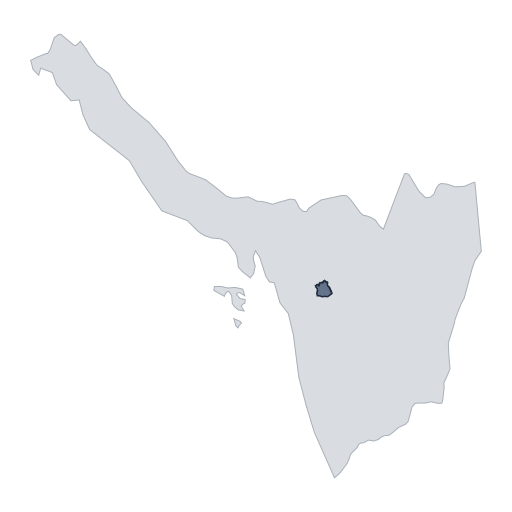 location of Adi Tekeliezan, Anseba, Eritrea, rotated 180°
{"feature_id": "51966322B26692993849308", "entity_name": "Adi Tekeliezan", "entity_type": "district", "adm_level": 2, "iso_a3": "ERI", "parent_name": "Eritrea", "parent_adm1": "Anseba", "projection": "natural_earth1", "projection_center": [38.763, 15.608], "detail": "fine", "context": "in_parent", "style": "filled", "palette": "slate", "viewbox_px": 512, "rotation_deg": 180, "n_neighbors": 0, "source": "geoboundaries", "source_scale": "gbopen_adm2", "svg_char_len": 5417}
<svg xmlns="http://www.w3.org/2000/svg" viewBox="0 0 512 512"><g transform="rotate(180 256 256)"><path d="M37.1,329.7L35.0,307.1L33.6,291.9L32.1,275.9L30.7,260.7L37.1,251.4L40.1,242.6L47.8,213.9L50.9,208.2L56.9,192.8L57.7,188.4L63.7,169.0L63.1,156.1L62.0,143.1L65.2,135.4L68.1,129.2L67.9,124.0L69.3,111.8L70.2,108.8L73.7,108.6L81.0,110.2L86.3,109.0L92.4,109.0L97.1,108.6L100.0,104.9L103.8,90.7L106.3,87.9L108.2,87.0L113.6,84.4L118.3,80.3L122.1,77.3L123.5,76.7L127.5,76.4L131.5,74.6L133.3,72.6L138.3,71.0L143.3,71.9L146.6,70.2L148.8,69.1L151.3,69.0L153.6,67.3L154.5,64.8L156.1,63.2L159.9,59.5L161.7,56.9L162.5,54.2L163.3,52.1L164.9,48.5L171.7,39.4L177.5,34.2L197.7,79.8L205.9,106.7L213.2,134.8L218.6,177.0L223.7,198.5L232.0,209.1L237.7,229.2L242.5,230.0L246.1,235.5L252.1,254.3L256.5,261.3L258.7,255.3L258.5,251.8L256.8,246.0L258.3,238.6L261.7,234.1L269.4,240.2L273.6,244.8L274.8,254.0L276.5,259.2L284.6,270.0L291.4,273.2L300.2,274.0L307.6,276.4L313.6,280.4L324.7,291.4L350.1,301.1L370.5,330.7L382.6,351.3L422.3,382.4L429.1,397.4L432.8,412.0L441.1,411.3L455.4,427.3L459.6,439.4L471.3,443.8L473.3,436.7L479.0,442.6L481.3,451.7L473.8,455.3L465.6,458.6L464.4,458.4L461.7,462.7L457.8,474.2L453.5,477.5L451.3,477.8L438.4,467.0L436.4,466.4L433.6,468.6L431.6,470.8L425.6,462.6L421.2,455.4L415.0,446.7L409.1,442.9L402.7,438.0L396.4,426.7L390.0,414.3L380.6,404.1L362.9,389.4L346.6,370.8L334.2,351.3L326.2,341.2L322.8,338.6L306.3,332.2L294.7,323.3L285.9,316.0L280.4,314.0L275.1,313.8L263.9,315.2L254.5,310.6L250.6,310.6L244.4,309.3L239.5,307.7L233.7,309.6L221.9,312.9L217.0,312.2L214.3,307.6L212.8,304.1L208.7,300.5L205.3,300.5L203.4,303.7L191.0,312.0L170.3,316.5L165.4,316.2L161.8,312.9L151.3,298.8L148.3,296.5L146.0,296.3L141.1,294.6L136.6,291.9L132.6,286.1L128.6,282.8L124.3,294.1L116.8,313.9L112.7,324.5L107.5,338.2L105.9,338.6L103.2,337.6L92.9,320.6L86.4,314.2L81.6,314.8L78.0,318.0L75.8,323.6L73.4,327.2L70.8,328.5L65.1,327.9L56.5,325.1L47.5,325.7L38.3,329.6L37.1,329.7ZM280.3,216.3L283.1,220.5L285.0,220.1L286.5,218.7L287.6,215.7L298.2,221.6L297.6,225.4L291.3,225.6L284.0,224.0L277.2,224.6L269.2,222.9L267.3,216.3L272.4,219.5L275.1,218.7L275.5,217.8L271.9,213.4L266.8,212.5L267.1,209.0L269.4,207.6L270.8,205.9L267.9,201.0L273.6,202.1L277.3,205.1L279.7,208.5L280.3,216.3ZM275.9,185.8L278.2,193.4L271.6,190.5L270.5,189.0L273.4,185.9L274.0,184.1L275.9,185.8Z" fill="#d9dde1" stroke="#a8b0b8" stroke-width="1"/><path d="M194.5,216.3L194.2,216.4L193.7,216.3L193.3,216.3L193.2,216.2L192.9,216.2L192.5,216.1L192.2,216.0L191.9,216.0L191.6,216.0L191.4,215.9L191.2,215.8L191.1,215.7L190.9,215.6L190.7,215.6L190.4,215.5L190.2,215.4L189.9,215.3L189.7,215.3L189.4,215.3L189.2,215.3L188.9,215.4L188.6,215.4L188.2,215.5L187.9,215.5L187.6,215.6L187.2,215.7L186.9,215.7L186.7,215.6L186.4,215.5L186.2,215.5L185.9,215.4L185.7,215.4L185.2,215.4L184.8,215.4L184.7,215.4L184.3,215.4L184.1,215.5L183.9,215.7L183.7,215.8L183.4,216.0L183.1,216.2L182.8,216.4L182.7,216.6L181.9,217.1L181.3,217.5L181.1,217.6L180.5,218.1L180.3,218.3L180.2,218.4L180.1,218.5L180.0,218.8L180.3,218.9L180.4,219.0L180.5,219.0L180.6,219.4L180.6,219.6L180.5,219.9L180.6,220.0L180.7,220.3L180.8,220.3L181.0,220.4L181.1,220.5L181.2,220.8L181.3,220.9L181.2,221.0L181.3,221.2L181.3,221.3L181.2,221.4L181.1,221.5L181.6,221.8L181.7,222.0L181.6,222.3L181.5,222.5L181.6,222.8L181.7,223.0L181.8,223.0L182.1,223.1L182.4,223.3L182.4,223.5L182.4,223.8L182.2,223.9L182.2,224.0L182.3,224.1L182.4,224.4L182.5,224.6L182.6,224.8L182.8,224.8L183.0,224.6L183.2,224.8L183.2,225.0L183.3,225.3L183.3,225.5L183.6,225.7L183.8,225.7L183.8,225.8L183.9,226.0L184.0,226.1L184.3,226.3L184.4,226.6L184.6,226.8L184.7,227.1L184.6,227.3L184.6,227.6L184.7,227.8L184.7,228.0L184.6,228.3L184.7,228.6L184.7,228.8L184.4,228.9L184.4,229.2L184.4,229.4L184.4,229.5L184.5,229.6L184.5,229.8L184.7,230.0L184.8,230.0L185.0,230.1L185.3,230.0L185.5,230.0L185.8,230.1L186.0,230.2L186.3,230.2L186.3,230.3L186.2,230.4L186.2,230.5L186.3,230.7L186.6,230.7L186.7,230.8L186.8,230.9L186.9,231.0L186.9,230.9L187.0,230.8L187.0,230.7L187.1,230.8L187.3,230.9L187.4,231.0L187.5,231.2L187.8,231.2L188.0,231.2L188.2,230.9L188.3,230.9L188.3,230.7L188.3,230.4L188.5,230.4L188.7,230.2L188.8,230.1L189.0,230.1L189.0,229.9L188.9,229.8L188.9,229.7L189.0,229.6L189.2,229.9L189.3,229.9L189.4,229.6L189.5,229.5L189.5,229.4L189.6,229.5L189.8,229.7L190.1,229.5L190.3,229.5L190.4,229.3L190.5,229.3L190.7,229.1L190.8,229.1L191.0,229.1L191.3,229.1L191.5,229.2L191.8,229.4L192.0,229.4L192.1,229.2L192.3,229.1L192.4,228.9L192.5,228.8L192.6,228.7L192.7,228.3L192.7,228.1L192.6,227.9L192.8,227.8L192.7,227.7L192.6,227.4L192.6,227.2L192.6,226.9L192.8,226.6L193.0,226.3L193.1,226.2L193.3,226.1L193.5,226.3L193.6,226.6L193.7,226.8L193.8,227.0L194.0,227.3L194.3,227.5L194.5,227.5L194.8,227.5L195.0,227.5L195.1,227.4L195.3,227.0L195.4,226.9L195.5,226.7L195.9,226.5L196.0,226.4L196.4,226.4L196.3,226.2L196.2,226.0L196.1,225.8L196.2,225.6L196.3,225.4L196.2,225.3L196.2,225.1L196.1,224.9L195.8,224.6L195.6,224.4L195.4,224.2L195.1,223.7L194.9,223.5L194.8,223.3L194.7,223.2L194.7,222.9L194.6,222.2L194.5,221.5L194.4,221.4L194.4,221.2L194.5,221.1L194.8,220.8L194.9,220.6L194.8,220.4L194.8,220.2L194.8,219.9L194.9,219.7L195.1,219.2L195.2,218.8L195.2,218.6L195.1,218.4L194.9,218.2L194.9,217.8L194.9,217.7L195.0,217.5L195.0,217.4L194.9,217.3L194.9,217.1L194.8,216.9L194.7,216.6L194.5,216.4L194.5,216.3Z" fill="#64748b" stroke="#1e293b" stroke-width="1.5"/></g></svg>